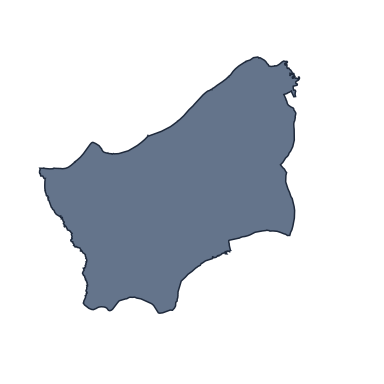 Bireuen, Aceh, Indonesia, rotated 339°
{"feature_id": "22746128B71427834061478", "entity_name": "Bireuen", "entity_type": "district", "adm_level": 2, "iso_a3": "IDN", "parent_name": "Indonesia", "parent_adm1": "Aceh", "projection": "robinson", "projection_center": [96.671, 5.084], "detail": "fine", "context": "isolated", "style": "filled", "palette": "slate", "viewbox_px": 384, "rotation_deg": 339, "n_neighbors": 0, "source": "geoboundaries", "source_scale": "gbopen_adm2", "svg_char_len": 5936}
<svg xmlns="http://www.w3.org/2000/svg" viewBox="0 0 384 384"><g transform="rotate(339 192 192)"><path d="M207.1,260.5L207.0,260.3L207.6,255.7L208.3,253.1L208.3,252.1L209.0,250.5L209.6,250.4L220.0,252.0L221.0,251.8L223.1,251.9L225.5,252.5L228.5,252.8L230.9,252.8L236.5,252.2L243.9,253.6L247.4,254.5L248.2,254.4L249.2,255.2L250.1,255.5L250.7,256.4L253.5,257.3L257.4,259.2L260.1,261.4L263.1,264.2L264.2,264.9L265.5,266.8L267.7,267.6L269.7,264.9L271.7,263.1L274.0,259.9L278.2,253.1L281.2,246.0L282.1,242.2L283.2,234.0L282.7,231.7L282.9,227.3L282.7,223.3L283.1,216.1L285.6,210.2L287.3,207.7L286.8,206.5L286.5,203.8L285.6,202.1L284.3,198.3L287.4,196.9L291.7,193.7L293.9,192.9L295.5,191.8L296.4,190.6L298.8,189.1L302.3,185.8L306.1,180.2L309.9,169.9L310.4,167.9L311.4,164.9L312.6,162.9L313.2,162.5L313.8,161.7L315.2,159.3L315.3,158.6L317.0,156.1L317.2,155.2L316.8,152.8L316.5,152.1L316.8,150.9L316.6,149.9L314.8,148.0L313.1,145.5L312.7,143.7L313.0,141.2L312.9,140.0L312.7,139.5L313.0,139.1L312.7,133.9L316.1,134.1L316.6,133.8L319.0,133.7L320.9,133.3L320.8,134.3L321.2,139.6L322.9,140.0L323.2,137.8L324.3,135.8L324.9,135.1L324.9,134.6L324.6,133.7L323.3,133.3L323.9,130.7L324.4,129.5L328.3,130.0L328.8,129.5L329.0,129.0L327.9,127.7L328.2,126.5L329.1,126.0L331.1,125.8L332.2,125.3L333.2,124.2L333.3,123.3L333.0,122.9L332.6,122.9L332.1,124.3L331.7,124.6L330.9,124.0L330.3,123.1L329.1,122.8L329.0,121.7L329.6,121.0L329.4,120.5L328.0,121.2L327.4,122.0L326.8,122.0L326.6,121.8L326.6,121.2L326.9,120.7L329.2,120.0L329.5,118.1L329.4,117.7L329.0,117.7L328.6,118.5L328.3,118.5L326.7,117.6L325.6,118.4L325.2,118.2L325.7,117.3L326.0,116.3L326.5,116.6L327.4,117.5L328.3,116.8L328.3,115.9L327.9,113.8L327.6,113.1L327.0,112.5L326.9,111.2L326.7,110.9L325.5,110.9L325.3,110.7L325.5,108.9L326.2,107.5L326.2,106.9L325.6,106.7L324.6,107.0L324.3,106.4L324.7,105.3L327.0,105.4L327.5,105.1L327.7,104.8L327.4,104.0L326.4,103.8L324.5,102.6L322.9,102.8L319.5,104.0L316.7,104.5L315.6,104.4L314.5,103.8L314.2,104.0L310.9,103.2L309.5,102.3L308.8,101.6L308.9,100.5L308.2,99.2L307.6,96.6L306.7,94.8L303.8,91.2L303.3,90.9L302.5,91.0L301.9,89.6L297.5,88.6L293.6,89.6L289.2,89.3L288.8,89.4L288.8,89.7L287.2,89.8L281.0,91.1L276.7,92.6L273.6,94.1L269.8,96.6L268.1,97.0L267.8,97.4L267.6,96.8L267.6,97.2L267.4,97.4L264.3,98.7L259.8,100.0L253.7,101.4L250.0,102.5L248.3,102.7L247.6,103.1L247.2,103.6L246.7,103.1L244.7,103.5L242.8,103.4L240.1,104.2L237.1,105.3L225.4,111.1L224.0,111.9L218.7,114.1L211.6,117.9L206.2,120.1L205.2,120.3L204.6,120.6L203.9,120.6L203.8,120.9L203.5,121.0L199.0,122.3L195.2,123.3L185.3,124.4L171.8,124.2L171.2,124.0L171.1,123.5L170.7,123.8L170.7,124.2L166.6,126.1L162.4,127.6L157.6,129.0L147.4,130.7L137.3,129.9L133.0,128.5L132.3,127.9L131.0,128.1L130.7,127.5L128.2,126.3L127.4,125.7L127.4,125.4L127.0,125.5L126.1,124.9L124.2,123.4L123.5,122.4L123.0,120.6L123.1,119.6L121.8,115.4L119.4,112.2L117.5,110.3L116.7,110.0L115.6,110.2L113.9,111.1L104.4,117.3L100.3,119.5L96.1,121.1L93.5,121.8L93.7,122.1L93.6,122.3L92.8,122.3L88.6,123.8L85.3,124.6L82.5,124.6L79.5,123.9L77.8,123.0L72.8,120.9L72.0,120.3L72.1,119.8L71.8,120.3L71.2,120.2L71.1,120.5L70.0,120.3L67.4,119.4L63.1,117.3L62.3,116.5L62.0,116.7L58.5,115.3L58.6,116.0L58.3,116.1L58.1,116.9L57.4,117.5L56.6,119.2L56.5,120.2L57.0,120.4L56.5,122.8L58.4,123.7L58.7,126.2L59.8,126.7L59.5,126.9L58.9,128.8L58.6,129.1L56.9,133.1L55.9,135.9L55.6,138.0L55.3,137.9L55.1,139.9L55.2,141.0L54.8,142.9L54.9,143.5L55.7,143.7L56.1,145.4L55.9,146.2L55.6,146.3L55.3,146.1L55.1,147.8L54.9,147.9L55.4,148.6L55.2,156.0L55.7,156.9L55.7,158.1L56.6,159.7L56.6,161.8L57.3,164.2L59.7,167.3L60.8,167.3L60.3,168.5L61.7,169.2L61.7,169.6L60.4,170.2L61.5,171.1L61.2,172.8L61.8,173.9L61.7,174.7L60.8,175.0L60.6,175.5L61.3,177.1L61.1,177.5L60.4,177.9L60.4,178.4L60.5,178.8L61.7,178.5L62.0,179.0L62.0,180.7L62.4,181.2L62.1,182.6L62.3,182.9L63.8,184.1L64.0,184.8L64.4,185.0L64.5,186.2L65.2,187.6L64.5,187.9L64.2,188.3L64.1,190.6L63.2,191.9L63.4,192.6L62.3,193.2L61.7,193.3L61.4,194.0L61.6,195.0L61.8,195.3L62.8,195.7L62.5,197.0L62.8,197.6L63.0,199.0L62.3,199.5L62.9,200.2L63.2,201.5L64.2,201.3L64.6,201.7L64.8,202.4L65.4,202.6L65.6,203.1L66.1,203.2L67.3,204.2L67.3,205.0L67.7,206.6L66.8,207.0L67.2,207.5L68.0,207.5L68.5,209.9L69.1,210.5L70.0,212.3L69.5,213.4L69.6,215.2L69.1,215.8L69.5,216.6L69.3,218.1L69.0,218.8L68.1,219.2L68.3,219.4L68.3,219.8L67.1,221.0L67.0,221.8L66.0,222.2L66.1,222.8L65.8,223.7L64.6,224.0L64.4,224.7L63.2,224.3L63.3,225.6L63.1,226.5L62.1,227.0L60.7,228.5L60.6,229.2L61.0,230.1L60.8,230.9L61.6,232.2L61.2,233.7L61.6,234.7L61.1,235.4L61.1,235.9L61.2,236.2L61.5,236.3L61.4,237.1L61.7,237.5L61.4,238.3L61.7,238.9L61.3,239.7L61.2,241.5L60.9,241.7L60.4,241.6L60.6,242.4L60.2,242.5L59.5,243.4L59.0,244.9L57.9,245.8L57.6,246.3L57.6,246.8L58.0,247.5L57.7,247.9L57.7,248.2L58.0,248.6L57.9,248.8L57.0,248.8L56.3,250.3L55.1,250.6L55.2,251.6L54.4,252.7L51.9,255.1L51.4,256.1L50.7,256.7L51.2,258.9L54.1,263.7L56.1,265.6L57.7,266.5L60.9,266.4L62.5,266.1L63.9,266.1L66.2,266.6L68.5,267.7L69.8,268.6L70.9,270.0L71.6,272.5L72.8,273.4L74.5,273.4L76.0,272.9L82.3,269.0L84.6,267.7L85.4,267.5L92.0,268.0L92.8,268.3L95.6,267.9L96.9,268.2L98.6,269.0L100.8,269.6L102.4,271.2L106.1,273.5L113.8,281.3L114.8,282.6L115.6,284.4L117.3,292.8L118.5,293.6L121.4,294.3L129.3,294.4L131.4,295.4L134.1,294.0L135.8,292.5L137.3,289.2L139.0,288.5L139.8,286.7L140.7,285.7L141.8,283.6L142.1,282.6L142.6,281.7L143.1,280.3L150.0,271.3L155.4,269.1L158.7,267.4L163.6,266.1L168.5,264.2L169.2,264.2L170.9,263.6L173.4,263.4L175.1,262.0L175.9,262.1L180.0,261.1L187.1,261.5L187.8,261.2L187.7,260.2L188.1,259.9L189.1,260.8L189.3,261.3L190.4,261.5L191.4,261.5L192.5,261.0L193.8,261.2L193.6,260.7L196.3,261.0L198.2,260.1L198.6,260.4L200.8,260.2L200.9,261.6L202.3,262.2L202.0,261.3L201.9,260.5L201.4,259.9L201.7,259.6L202.5,260.4L203.1,260.4L203.6,259.7L204.6,260.2L205.3,260.9L205.3,260.5L205.8,260.7L207.1,260.5Z" fill="#64748b" stroke="#1e293b" stroke-width="1.5"/></g></svg>